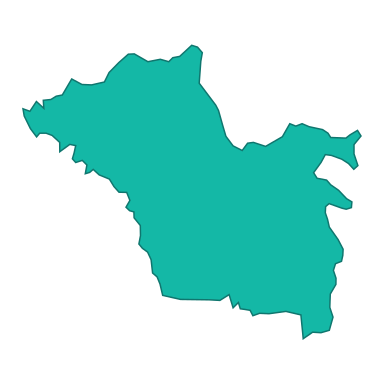 outline of Três Palmeiras, Rio Grande do Sul, Brazil
{"feature_id": "56859067B561920705370", "entity_name": "Três Palmeiras", "entity_type": "district", "adm_level": 2, "iso_a3": "BRA", "parent_name": "Brazil", "parent_adm1": "Rio Grande do Sul", "projection": "equal_earth", "projection_center": [-52.832, -27.619], "detail": "fine", "context": "isolated", "style": "filled", "palette": "teal", "viewbox_px": 384, "rotation_deg": 0, "n_neighbors": 0, "source": "geoboundaries", "source_scale": "gbopen_adm2", "svg_char_len": 1809}
<svg xmlns="http://www.w3.org/2000/svg" viewBox="0 0 384 384"><path d="M351.4,207.6L351.9,201.9L346.6,198.7L342.7,194.6L338.6,190.3L330.7,184.8L326.6,180.1L322.2,179.2L317.1,178.3L313.6,172.7L321.0,162.5L325.3,154.6L331.4,155.4L341.8,159.2L348.5,163.5L353.8,169.3L357.9,165.6L354.0,153.9L354.0,144.6L361.0,136.0L357.5,130.4L350.1,134.8L345.9,138.1L330.7,137.5L328.0,133.2L322.6,129.6L309.1,126.7L302.1,123.7L295.8,126.1L289.8,123.7L282.4,136.7L265.6,146.4L253.4,142.4L247.6,143.2L242.2,150.5L233.1,145.9L225.9,136.3L222.6,125.1L218.5,110.5L215.7,105.1L199.2,83.2L200.8,61.3L202.3,52.7L197.5,47.1L191.7,45.3L179.7,56.4L172.8,57.7L168.8,61.7L160.3,59.3L147.9,61.7L134.3,53.9L128.3,54.2L118.8,62.6L109.1,72.5L104.4,82.0L91.6,84.9L82.0,84.5L71.7,79.0L62.3,95.0L56.2,96.2L50.9,99.5L43.3,100.3L43.8,108.3L36.4,101.5L29.9,111.3L23.0,108.8L24.2,116.0L30.4,128.6L36.6,136.9L39.7,133.2L46.1,133.2L52.1,135.4L59.7,142.4L59.8,151.7L69.8,144.4L75.7,145.6L74.1,153.0L72.4,158.8L75.7,162.5L82.3,160.4L86.9,165.0L85.3,173.7L89.7,172.4L93.2,169.4L99.2,174.9L103.6,176.7L109.4,179.1L114.0,186.6L119.0,192.2L126.7,192.4L129.9,200.4L126.0,207.2L129.6,210.7L133.9,211.9L134.1,217.8L140.3,225.5L140.5,235.6L138.9,244.0L142.4,248.3L147.6,252.1L151.1,259.7L152.6,273.0L157.1,276.9L160.0,284.0L162.7,295.4L180.5,299.4L209.2,299.8L219.9,300.4L229.1,294.6L233.1,307.8L238.4,302.5L240.3,308.8L244.7,309.4L250.1,310.3L252.9,315.7L259.6,313.3L269.0,313.7L285.9,311.4L300.9,314.9L302.7,333.0L303.2,338.7L312.6,332.2L321.0,332.7L329.3,330.3L333.0,317.1L329.8,307.4L330.0,301.0L330.3,294.0L335.9,284.4L336.0,278.2L333.4,270.4L335.5,263.7L341.5,261.3L342.8,255.4L343.1,249.2L338.1,239.6L329.3,227.1L327.5,219.2L325.3,212.8L325.6,206.6L329.1,203.6L342.0,208.2L346.2,209.2L351.4,207.6Z" fill="#14b8a6" stroke="#0f766e" stroke-width="1.5"/></svg>